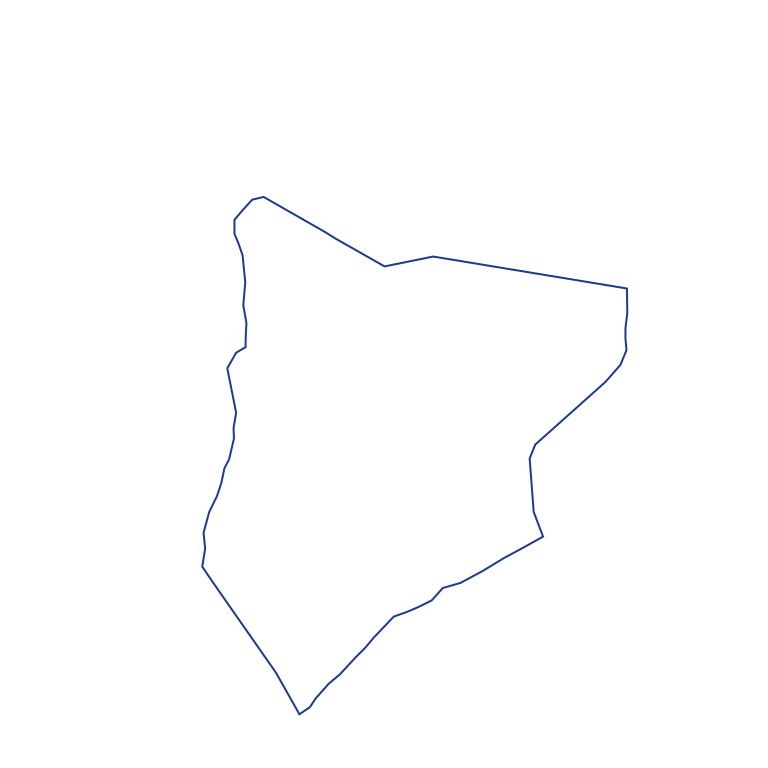 Marcolândia, Piauí, Brazil (orthographic projection), rotated 326°
{"feature_id": "56859067B6575559229154", "entity_name": "Marcolândia", "entity_type": "district", "adm_level": 2, "iso_a3": "BRA", "parent_name": "Brazil", "parent_adm1": "Piauí", "projection": "orthographic", "projection_center": [-40.748, -7.416], "detail": "fine", "context": "isolated", "style": "outline", "palette": "blue", "viewbox_px": 768, "rotation_deg": 326, "n_neighbors": 0, "source": "geoboundaries", "source_scale": "gbopen_adm2", "svg_char_len": 898}
<svg xmlns="http://www.w3.org/2000/svg" viewBox="0 0 768 768"><g transform="rotate(326 384 384)"><path d="M388.8,161.6L377.8,157.5L365.3,160.5L351.9,164.2L344.0,175.9L341.9,186.3L338.7,198.3L325.9,222.0L311.3,240.2L304.0,256.6L295.7,267.6L289.9,276.0L278.9,275.4L262.9,283.3L245.3,325.2L234.7,336.3L229.1,345.3L213.5,359.8L204.5,364.7L193.8,375.1L182.9,383.5L167.3,392.5L151.1,406.6L143.8,420.3L131.2,433.8L131.2,445.4L131.4,463.8L133.0,562.9L129.2,610.5L141.8,610.5L151.7,606.4L170.9,601.5L184.9,600.1L207.4,594.8L221.4,592.1L233.7,588.5L261.9,582.3L276.5,586.0L287.2,588.0L302.4,590.1L318.6,586.0L336.3,591.7L361.6,594.2L386.7,595.4L402.3,597.0L430.5,599.5L436.6,573.7L463.1,527.2L475.5,518.8L568.7,506.1L590.6,500.4L603.9,491.6L609.8,481.0L615.5,472.6L625.4,461.2L638.8,440.7L496.0,305.8L450.2,286.8L425.0,236.1L420.4,225.7L388.8,161.6Z" fill="none" stroke="#1e3a8a" stroke-width="2"/></g></svg>